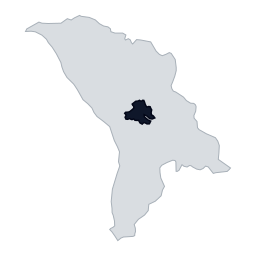 Străşeni on a map of Moldova (Natural Earth projection)
{"feature_id": "MDA-1647", "entity_name": "Străşeni", "entity_type": "District", "adm_level": 1, "iso_a3": "MDA", "parent_name": "Moldova", "parent_adm1": "", "projection": "natural_earth1", "projection_center": [28.587, 47.172], "detail": "fine", "context": "in_parent", "style": "filled", "palette": "ink", "viewbox_px": 256, "rotation_deg": 0, "n_neighbors": 0, "source": "natural_earth", "source_scale": "10m", "svg_char_len": 2568}
<svg xmlns="http://www.w3.org/2000/svg" viewBox="0 0 256 256"><path d="M25.5,31.5L26.8,28.9L38.9,22.1L42.0,23.2L48.2,23.5L61.0,23.2L67.3,18.7L71.2,20.0L74.4,17.9L79.6,15.4L80.4,15.9L81.1,16.3L89.2,17.4L95.3,19.9L99.4,23.7L103.6,26.0L108.0,26.9L110.4,28.8L110.9,31.7L115.0,33.1L122.7,33.1L125.9,35.0L124.7,38.8L125.5,40.0L128.3,38.7L130.3,39.9L131.4,42.7L132.7,44.0L136.6,39.6L140.7,40.0L150.7,41.9L156.1,51.1L159.4,54.4L162.3,55.7L166.0,54.3L169.3,52.6L171.2,53.4L175.2,59.5L176.2,67.4L176.2,70.7L174.8,76.1L172.7,81.8L171.1,85.6L171.8,88.6L173.3,91.1L175.7,92.0L183.5,97.1L186.4,100.6L190.6,103.2L193.8,103.4L195.5,104.9L196.1,106.7L195.7,111.2L193.9,115.5L194.1,118.2L197.0,121.5L197.3,125.3L197.5,127.7L199.0,129.6L206.2,133.7L215.4,137.7L217.8,141.2L219.3,145.6L218.9,152.9L218.3,159.4L230.5,168.0L229.1,169.6L227.2,171.4L215.7,172.7L213.3,173.4L208.2,166.9L205.6,166.1L203.1,168.5L200.2,169.8L196.7,169.1L192.9,167.1L191.0,165.7L189.5,165.5L187.1,167.0L184.0,166.3L182.0,164.7L179.0,170.3L177.2,171.4L176.1,171.3L175.9,161.9L175.0,160.5L172.7,160.2L167.0,162.5L161.7,165.3L159.8,167.9L160.0,172.5L160.8,178.0L164.5,186.4L162.5,190.0L161.1,195.8L155.3,201.2L148.8,204.3L148.2,210.6L144.6,215.0L138.4,219.3L134.2,224.5L135.3,228.1L135.5,231.5L134.8,233.8L134.7,235.6L133.0,236.4L123.5,237.0L120.9,238.1L117.8,240.6L114.8,235.9L111.9,231.8L109.7,229.5L110.6,228.5L113.0,227.3L114.7,225.9L114.5,221.0L113.2,215.3L112.1,212.6L112.0,208.3L111.2,201.6L112.4,189.2L117.1,173.6L119.8,165.9L118.5,161.7L119.5,151.8L117.5,146.9L114.3,140.5L109.7,126.6L104.0,121.8L97.0,116.5L94.0,112.5L92.0,108.1L87.8,103.7L83.0,99.7L77.4,89.7L74.4,85.1L73.5,83.9L67.0,77.5L63.6,71.7L61.9,66.9L60.9,62.5L56.4,53.8L52.2,47.2L48.3,42.6L46.5,39.3L41.9,35.1L35.3,31.8L31.0,31.2L25.5,31.5Z" fill="#d9dde1" stroke="#a8b0b8" stroke-width="1"/><path d="M151.7,109.9L151.1,112.5L151.4,114.7L153.4,116.0L154.8,117.9L152.2,119.0L149.6,118.6L147.0,116.1L144.2,114.7L144.3,116.8L148.5,120.3L150.7,121.1L149.4,123.8L147.0,123.9L145.6,123.1L144.1,122.5L143.1,123.2L142.2,124.1L140.0,122.9L138.6,120.4L136.9,120.4L135.0,120.3L133.7,118.9L132.0,119.6L130.9,119.3L130.0,118.6L128.9,118.8L127.7,119.3L125.9,119.1L125.1,117.2L125.7,116.2L126.1,115.2L125.4,114.1L124.7,113.3L125.6,112.3L128.4,112.1L129.9,111.5L132.8,109.1L133.9,107.9L133.6,106.1L132.7,105.2L132.2,104.1L135.7,101.3L138.3,101.0L139.4,100.3L140.5,101.0L141.5,101.2L142.6,100.3L143.8,100.4L144.5,102.0L145.0,103.7L145.8,105.6L146.9,107.1L148.7,106.5L150.1,106.7L150.8,108.4L151.7,109.9Z" fill="#0f172a" stroke="#020617" stroke-width="1.5"/></svg>